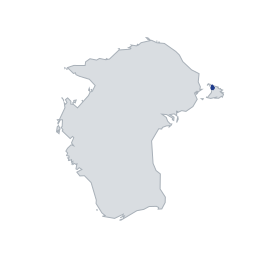 Dorset, Tasmania, Australia (highlighted), rotated 289°
{"feature_id": "25037944B7753328322432", "entity_name": "Dorset", "entity_type": "district", "adm_level": 2, "iso_a3": "AUS", "parent_name": "Australia", "parent_adm1": "Tasmania", "projection": "albers", "projection_center": [147.795, -41.048], "detail": "fine", "context": "in_parent", "style": "filled", "palette": "blue", "viewbox_px": 256, "rotation_deg": 289, "n_neighbors": 0, "source": "geoboundaries", "source_scale": "gbopen_adm2", "svg_char_len": 4680}
<svg xmlns="http://www.w3.org/2000/svg" viewBox="0 0 256 256"><g transform="rotate(289 128 128)"><path d="M169.5,56.4L173.1,67.1L176.8,66.4L181.1,69.5L182.0,76.2L184.5,78.4L185.3,84.7L187.1,88.0L198.8,94.1L203.2,104.3L204.4,104.8L204.7,103.0L207.1,104.9L207.5,104.0L208.4,109.2L209.8,110.8L212.9,112.6L218.6,121.7L218.0,127.6L219.8,134.9L216.0,148.1L213.7,152.9L208.6,158.2L203.7,169.1L202.5,177.5L194.4,179.4L190.5,183.0L188.0,183.3L188.7,185.4L184.8,182.4L185.3,181.7L185.1,181.0L184.4,181.0L183.1,182.3L182.1,181.6L183.7,180.3L182.7,179.4L177.7,184.1L169.4,182.4L162.6,177.4L161.9,173.1L158.5,169.6L159.8,169.6L159.7,168.4L155.4,170.1L156.4,167.0L154.2,163.1L153.2,168.0L150.0,168.8L150.3,167.2L151.8,167.0L153.3,160.2L152.1,155.4L150.4,160.8L147.4,163.2L145.6,166.6L146.1,168.1L144.8,168.0L142.4,166.6L143.7,166.4L142.4,163.5L139.8,160.4L138.0,160.2L137.3,157.3L123.5,154.5L102.7,163.2L96.9,168.4L95.1,173.5L80.8,178.2L74.8,185.8L69.6,187.4L62.5,186.3L61.1,182.9L62.8,182.9L63.2,180.4L60.6,173.5L56.2,169.4L52.7,163.3L40.4,152.9L43.7,153.2L40.5,149.8L42.6,151.7L45.0,151.6L38.2,144.8L36.2,132.5L37.8,134.9L39.2,131.0L46.2,122.4L49.5,121.5L64.4,110.9L68.7,102.3L67.0,98.1L69.6,94.0L73.8,97.9L74.6,94.8L72.2,93.5L72.4,92.1L78.3,91.3L76.4,91.4L77.1,89.1L75.6,87.8L78.6,86.7L77.2,85.7L79.7,84.9L78.3,83.3L80.1,80.7L80.6,81.9L82.3,81.3L81.9,78.9L84.7,79.1L85.9,76.8L89.1,77.4L93.6,79.7L93.5,82.5L95.5,79.4L101.2,79.9L102.0,78.3L99.2,76.8L103.8,66.8L105.1,67.1L106.9,64.5L107.9,65.3L114.4,63.4L113.8,61.4L109.1,60.6L109.7,60.0L126.6,61.8L131.1,59.5L130.1,61.3L132.3,62.0L134.4,59.6L136.8,61.1L134.7,65.3L132.0,66.1L132.5,68.9L130.6,73.7L145.8,80.1L149.7,80.5L151.1,82.3L157.5,83.1L161.5,75.6L161.1,65.3L161.5,61.4L163.1,60.3L161.8,58.7L165.4,51.1L169.5,56.4ZM182.5,193.1L188.6,195.3L195.6,193.8L196.1,200.5L195.6,199.3L194.9,200.7L194.7,205.1L192.3,203.3L190.8,207.4L187.8,207.1L188.4,206.0L185.7,204.1L184.6,200.7L185.8,201.3L182.9,196.6L182.5,193.1ZM101.4,61.6L106.1,60.7L107.7,61.5L105.0,64.2L101.4,61.6ZM149.0,172.2L155.3,171.3L152.7,172.6L149.0,172.2ZM136.4,67.8L137.6,69.9L134.6,69.9L134.9,68.2L136.4,67.8ZM218.3,120.7L218.2,118.0L219.4,115.8L219.7,117.5L218.3,120.7ZM194.0,188.9L196.0,189.5L196.0,190.4L194.0,188.9ZM101.1,62.3L103.1,64.1L100.2,64.6L101.1,62.3ZM180.2,189.6L179.1,189.4L179.6,187.8L180.2,189.6ZM153.0,78.4L151.7,79.2L150.4,79.7L150.9,78.4L153.0,78.4ZM40.2,152.3L38.7,151.5L38.2,150.4L38.3,150.3L40.2,152.3ZM195.6,191.3L196.4,192.0L194.9,191.4L195.6,191.3ZM209.3,109.6L210.3,109.7L210.2,110.8L209.3,109.6ZM185.6,84.6L186.8,85.3L186.6,85.7L185.6,84.6ZM192.2,205.7L192.3,206.8L191.6,206.5L192.2,205.7ZM219.4,128.7L219.4,130.2L219.4,128.7ZM113.2,59.3L112.4,58.8L112.8,58.4L113.2,59.3ZM135.0,56.1L134.0,57.3L135.1,55.3L135.0,56.1ZM219.6,127.0L219.1,127.4L219.5,126.9L219.6,127.0ZM139.2,76.0L138.6,76.3L138.9,75.7L139.2,76.0ZM134.1,68.0L133.3,68.2L133.7,67.5L134.1,68.0ZM40.4,124.6L40.6,125.6L40.2,125.6L40.4,124.6ZM163.9,50.6L164.0,51.4L163.6,50.9L163.9,50.6ZM184.4,181.4L184.5,181.9L184.3,181.7L184.4,181.4ZM133.8,57.7L132.3,58.6L133.8,57.5L133.8,57.7ZM78.2,82.2L77.8,82.9L78.0,82.2L78.2,82.2ZM192.6,205.0L192.3,205.2L192.5,204.8L192.6,205.0ZM152.6,81.1L151.8,81.2L152.2,80.7L152.6,81.1ZM76.3,86.9L75.9,87.3L75.7,86.6L76.3,86.9ZM195.4,202.7L194.9,203.0L195.1,202.4L195.4,202.7ZM164.4,48.6L164.3,49.1L163.8,48.9L164.4,48.6ZM184.1,182.1L184.6,182.6L183.8,182.4L184.1,182.1ZM200.2,94.0L199.7,94.0L199.9,93.4L200.2,94.0ZM204.3,102.9L204.0,102.9L204.2,102.4L204.3,102.9ZM182.8,192.2L182.6,192.7L182.5,192.2L182.8,192.2Z" fill="#d9dde1" stroke="#a8b0b8" stroke-width="1"/><path d="M195.8,194.0L195.8,193.9L195.7,193.9L195.7,193.7L195.4,193.7L195.2,193.6L195.3,193.6L195.5,193.7L195.4,193.7L195.2,193.5L195.2,193.4L194.9,193.3L194.9,193.2L194.7,193.2L194.6,193.3L194.6,193.5L194.4,193.8L194.5,193.9L194.4,193.9L194.2,193.9L193.9,193.8L193.7,193.8L193.7,193.7L193.4,193.7L193.3,193.8L193.3,194.0L193.2,194.0L193.0,194.3L192.9,194.4L192.8,194.5L192.6,194.5L192.6,194.4L192.4,194.4L192.5,194.4L192.4,194.4L192.5,194.4L192.4,194.3L192.4,194.2L192.3,194.3L192.2,194.3L192.2,194.2L192.1,194.3L191.9,194.4L191.9,194.5L192.0,194.6L192.0,194.8L192.0,195.0L192.1,195.3L192.1,195.5L192.2,195.8L192.4,195.7L192.6,195.8L192.9,196.0L193.0,196.0L193.3,196.4L194.2,196.3L194.4,195.3L194.6,195.3L194.9,195.2L195.1,195.1L195.1,194.9L195.1,194.7L195.1,194.4L195.2,194.2L195.3,194.2L195.5,194.2L195.8,194.0L195.8,194.0ZM193.5,193.4L193.5,193.5L193.4,193.5L193.5,193.5L193.5,193.4L193.5,193.4ZM195.2,193.2L195.3,193.2L195.2,193.2L195.2,193.2ZM193.9,193.8L194.0,193.8L193.9,193.8L193.9,193.8ZM193.9,193.8L194.0,193.8L193.9,193.8Z" fill="#3b82f6" stroke="#1e3a8a" stroke-width="1.5"/></g></svg>